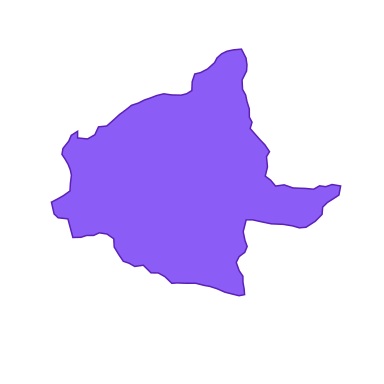 outline of Trombudo Central, Santa Catarina, Brazil, rotated 236°
{"feature_id": "56859067B84351274914005", "entity_name": "Trombudo Central", "entity_type": "district", "adm_level": 2, "iso_a3": "BRA", "parent_name": "Brazil", "parent_adm1": "Santa Catarina", "projection": "orthographic", "projection_center": [-49.814, -27.313], "detail": "fine", "context": "isolated", "style": "filled", "palette": "violet", "viewbox_px": 384, "rotation_deg": 236, "n_neighbors": 0, "source": "geoboundaries", "source_scale": "gbopen_adm2", "svg_char_len": 1655}
<svg xmlns="http://www.w3.org/2000/svg" viewBox="0 0 384 384"><g transform="rotate(236 192 192)"><path d="M282.8,312.9L286.7,305.8L289.2,299.6L290.0,293.8L289.2,287.8L286.6,283.0L285.3,273.7L286.2,265.9L288.3,260.3L283.4,253.9L276.2,248.6L276.5,242.4L278.4,237.1L283.7,229.6L289.2,223.5L291.7,216.7L293.3,209.8L294.9,203.9L295.7,197.4L297.7,190.3L297.1,183.1L296.8,175.4L295.5,166.7L294.4,158.2L298.3,150.9L293.8,143.5L294.4,135.1L300.8,127.4L306.3,131.1L306.5,123.6L303.0,118.1L300.3,109.4L295.9,105.2L290.6,105.2L284.3,104.8L278.4,103.5L273.3,101.4L267.5,96.3L261.1,91.4L260.9,83.1L261.5,75.9L262.2,69.8L257.1,67.8L250.9,65.4L245.5,66.6L239.1,74.1L220.9,67.8L216.5,74.7L214.9,80.3L211.0,86.2L210.0,92.3L204.7,98.0L197.0,101.0L189.8,96.7L180.8,96.3L173.0,96.3L168.0,100.1L162.3,102.9L158.5,110.7L147.9,112.8L143.8,118.7L137.0,122.2L127.6,124.2L124.9,128.9L120.7,134.6L114.2,144.1L107.7,149.9L104.0,153.8L97.9,158.6L90.5,163.3L83.8,169.3L79.7,173.0L77.5,178.2L82.5,181.0L88.9,183.9L93.7,187.1L100.3,187.1L108.9,189.3L112.1,195.0L112.5,202.1L116.0,207.3L122.1,208.8L130.4,212.2L138.6,221.3L135.1,226.6L128.7,232.7L121.3,239.9L114.2,249.5L107.6,256.5L102.3,260.9L99.0,266.8L98.8,278.0L100.7,287.3L106.4,291.9L107.6,298.4L107.4,304.9L107.3,312.1L113.9,318.6L119.9,312.3L121.6,305.9L125.8,301.2L126.3,294.4L131.5,288.1L134.6,283.8L138.9,278.0L146.4,272.4L150.2,264.6L157.8,263.8L164.2,261.6L170.6,268.6L179.6,273.5L182.1,278.8L190.4,278.8L197.3,277.6L212.1,275.7L216.3,280.8L222.0,281.4L228.9,286.0L236.1,288.1L242.4,290.7L248.8,291.3L256.9,296.2L261.8,304.9L266.7,308.7L272.9,311.7L282.8,312.9Z" fill="#8b5cf6" stroke="#5b21b6" stroke-width="1.5"/></g></svg>